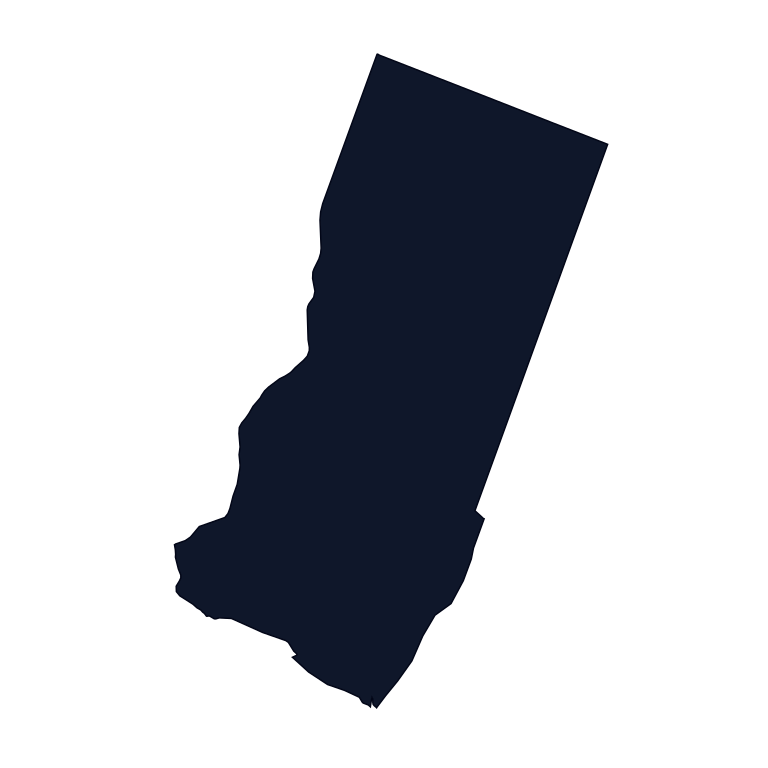 the Municipality of Al Butnan, rotated 200°
{"feature_id": "LBY-2987", "entity_name": "Al Butnan", "entity_type": "Municipality", "adm_level": 1, "iso_a3": "LBY", "parent_name": "Libya", "parent_adm1": "", "projection": "mercator", "projection_center": [24.313, 30.16], "detail": "fine", "context": "isolated", "style": "filled", "palette": "ink", "viewbox_px": 768, "rotation_deg": 200, "n_neighbors": 0, "source": "natural_earth", "source_scale": "10m", "svg_char_len": 1734}
<svg xmlns="http://www.w3.org/2000/svg" viewBox="0 0 768 768"><g transform="rotate(200 384 384)"><path d="M525.2,162.3L517.2,168.8L513.5,174.0L508.8,186.9L487.9,204.1L486.3,208.9L486.2,214.4L487.5,227.1L487.6,239.5L490.6,255.6L491.5,258.6L496.0,268.0L497.7,275.6L503.3,287.7L505.1,293.7L504.3,298.9L502.4,304.1L500.8,310.1L499.4,318.3L495.5,328.6L495.1,331.6L493.8,336.7L491.3,341.8L483.8,353.3L479.9,357.3L476.4,361.8L475.2,363.8L473.0,369.0L467.7,378.7L465.6,383.9L465.6,389.7L466.7,392.9L470.4,399.5L481.5,427.4L482.1,430.7L481.9,433.7L479.7,441.4L480.6,447.6L487.2,458.8L489.1,464.9L489.1,468.5L487.9,479.3L488.2,485.0L489.5,490.1L500.2,516.1L502.4,524.1L503.3,532.6L503.3,550.8L503.3,575.5L503.3,634.1L503.3,692.0L503.3,691.9L503.2,691.9L502.0,691.7L500.7,691.4L439.5,690.0L378.3,688.6L317.0,687.1L255.8,685.7L255.7,589.2L255.5,492.1L255.3,394.4L255.2,296.0L252.5,294.9L249.8,293.8L247.1,292.7L244.4,291.5L244.1,291.6L243.8,291.6L243.8,260.5L242.1,249.3L242.2,226.3L245.9,200.6L257.0,184.2L261.4,160.5L263.1,133.3L269.6,109.7L275.9,91.6L280.0,78.2L280.2,77.2L281.0,77.6L283.0,78.3L284.6,79.2L285.6,80.9L286.8,84.2L288.1,85.4L287.8,82.9L286.4,76.0L288.9,77.0L294.5,77.1L295.6,77.6L299.3,80.6L300.1,81.2L316.3,82.6L334.2,82.3L356.2,87.5L376.6,95.9L373.6,98.9L373.0,100.0L374.0,100.7L377.4,102.1L385.5,108.5L388.5,109.3L413.0,109.0L447.2,111.5L458.8,107.9L461.7,105.8L463.2,105.3L468.4,106.3L469.5,106.0L470.5,105.4L471.4,105.1L472.5,105.8L473.0,106.2L474.6,107.1L476.3,107.6L478.9,109.0L483.1,109.7L488.4,111.8L503.4,115.1L508.1,117.9L510.1,122.9L508.9,128.9L508.6,132.3L509.6,135.0L514.0,139.9L520.8,150.0L521.5,152.6L523.4,156.9L525.9,161.3L525.4,161.8L525.2,162.3Z" fill="#0f172a" stroke="#020617" stroke-width="1.5"/></g></svg>